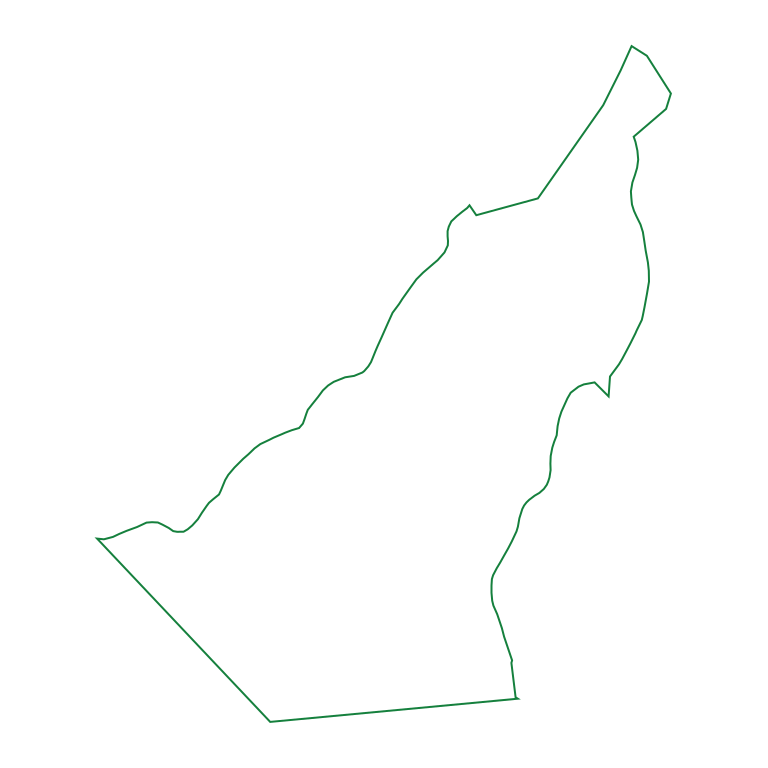 Rock Hall, Castries, Saint Lucia (Mercator projection)
{"feature_id": "8701671B3640054805688", "entity_name": "Rock Hall", "entity_type": "district", "adm_level": 2, "iso_a3": "LCA", "parent_name": "Saint Lucia", "parent_adm1": "Castries", "projection": "mercator", "projection_center": [-60.989, 14.001], "detail": "fine", "context": "isolated", "style": "outline", "palette": "green", "viewbox_px": 768, "rotation_deg": 0, "n_neighbors": 0, "source": "geoboundaries", "source_scale": "gbopen_adm2", "svg_char_len": 2138}
<svg xmlns="http://www.w3.org/2000/svg" viewBox="0 0 768 768"><path d="M517.8,698.7L515.6,697.3L511.4,662.9L512.1,660.4L504.1,636.7L501.9,628.2L497.2,614.2L493.4,605.6L492.2,600.7L491.5,592.8L491.5,585.6L491.9,579.1L493.1,575.2L496.7,568.3L500.2,562.5L503.9,555.9L508.1,548.5L511.8,541.4L516.5,531.4L517.9,526.7L519.4,518.2L522.3,509.0L524.1,505.5L526.5,502.4L529.2,499.8L534.6,495.7L539.4,492.9L543.8,489.0L546.8,484.8L548.2,481.5L549.5,477.4L550.6,470.1L550.4,463.6L550.7,456.0L552.3,447.7L554.1,442.0L556.7,435.3L557.1,431.1L557.6,426.2L559.2,418.5L561.4,411.7L567.4,398.4L570.7,392.7L578.5,386.7L583.8,384.4L588.2,383.6L594.6,382.4L608.6,396.4L610.0,376.5L619.0,364.3L622.1,359.1L627.0,349.9L630.3,343.6L635.4,333.4L636.7,330.4L641.8,320.0L642.7,316.2L644.5,307.2L647.0,293.6L649.0,281.6L648.8,270.7L647.9,262.4L645.7,250.7L644.3,241.2L642.9,232.1L640.5,224.5L636.5,216.4L634.0,210.9L632.0,204.6L631.7,201.8L631.4,198.5L631.3,197.5L630.9,191.4L632.4,182.5L635.0,174.9L637.1,167.8L638.2,159.7L637.4,150.7L635.5,142.0L633.7,136.7L666.1,108.9L670.9,93.5L646.9,55.8L631.6,46.1L620.7,70.3L603.2,105.2L537.9,198.4L476.3,215.2L469.5,205.3L467.2,208.0L462.2,211.8L456.8,216.2L451.3,221.4L448.8,226.6L447.6,231.1L447.6,236.3L448.0,241.1L447.8,245.4L444.5,252.4L437.7,260.1L433.8,263.4L423.1,272.6L416.4,279.3L410.4,287.6L402.5,298.7L399.1,304.0L392.6,312.7L387.8,323.3L381.6,337.3L377.6,346.1L375.5,351.0L372.2,359.2L371.0,362.1L368.3,366.4L364.2,371.1L362.4,372.5L354.1,375.9L345.1,377.3L333.8,381.8L331.3,383.4L328.1,385.5L322.9,390.4L318.0,397.0L312.7,403.6L307.8,409.8L306.4,413.5L304.6,418.9L302.9,423.6L299.1,428.0L291.8,430.2L285.2,432.7L281.8,434.2L273.5,437.7L269.4,439.8L260.3,444.1L254.5,448.4L248.5,454.2L243.2,458.8L238.3,463.7L234.5,467.5L228.3,474.8L225.2,480.0L222.8,485.8L220.8,490.7L219.0,494.5L213.4,499.0L209.0,502.8L206.6,506.0L201.9,512.8L197.9,519.2L192.3,525.4L187.7,529.3L183.6,531.7L177.1,531.8L173.2,531.1L168.8,528.0L162.4,524.6L157.9,522.5L152.0,522.2L146.5,522.6L137.1,527.0L126.7,530.8L119.3,533.9L113.0,536.9L103.9,539.3L97.1,538.6L270.2,721.9L517.8,698.7Z" fill="none" stroke="#15803d" stroke-width="2"/></svg>